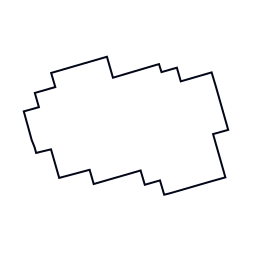 the district of Crook, Oregon, United States of America, rotated 344°
{"feature_id": "52423323B85535624686222", "entity_name": "Crook", "entity_type": "district", "adm_level": 2, "iso_a3": "USA", "parent_name": "United States of America", "parent_adm1": "Oregon", "projection": "equal_earth", "projection_center": [-120.413, 44.131], "detail": "fine", "context": "isolated", "style": "outline", "palette": "ink", "viewbox_px": 256, "rotation_deg": 344, "n_neighbors": 0, "source": "geoboundaries", "source_scale": "gbopen_adm2", "svg_char_len": 512}
<svg xmlns="http://www.w3.org/2000/svg" viewBox="0 0 256 256"><g transform="rotate(344 128 128)"><path d="M223.7,97.6L191.6,97.7L191.6,83.5L175.6,83.5L175.4,75.1L127.4,75.5L127.4,53.7L69.3,53.9L69.4,68.6L48.1,68.6L48.1,83.4L32.4,83.3L32.2,105.3L32.1,112.8L32.9,120.9L32.8,126.6L48.1,127.3L48.1,157.0L79.6,157.6L79.6,172.4L128.4,172.3L128.5,187.2L144.3,187.2L144.4,202.1L149.7,202.3L192.1,202.2L208.0,202.3L208.1,157.3L223.8,157.4L223.9,112.5L223.7,97.6Z" fill="none" stroke="#020617" stroke-width="2"/></g></svg>